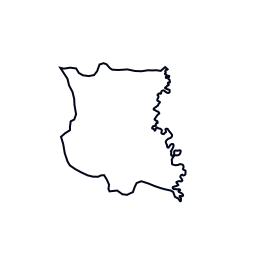 Musan, Hamgyŏng-bukto, North Korea, rotated 139°
{"feature_id": "82179303B23816821783286", "entity_name": "Musan", "entity_type": "district", "adm_level": 2, "iso_a3": "PRK", "parent_name": "North Korea", "parent_adm1": "Hamgyŏng-bukto", "projection": "mercator", "projection_center": [129.196, 42.155], "detail": "fine", "context": "isolated", "style": "outline", "palette": "ink", "viewbox_px": 256, "rotation_deg": 139, "n_neighbors": 0, "source": "geoboundaries", "source_scale": "gbopen_adm2", "svg_char_len": 5632}
<svg xmlns="http://www.w3.org/2000/svg" viewBox="0 0 256 256"><g transform="rotate(139 128 128)"><path d="M184.3,165.3L187.5,158.3L192.3,150.4L195.6,142.4L196.4,138.0L194.9,131.9L192.6,125.7L189.5,118.7L186.4,114.3L182.5,110.8L179.4,109.9L177.0,108.1L177.9,102.8L179.5,97.6L182.7,94.9L183.5,92.3L177.2,87.9L175.7,81.7L172.6,78.2L166.3,76.4L161.6,79.1L157.6,80.8L152.9,79.1L149.1,72.9L146.0,66.7L142.9,61.4L140.6,57.9L136.7,52.6L135.9,50.0L137.7,45.2L137.4,44.5L137.2,43.9L137.0,43.3L136.4,42.2L136.4,41.0L136.7,39.1L136.6,38.5L136.5,38.3L136.3,38.2L136.1,38.2L135.8,38.4L134.9,39.4L134.3,39.9L134.2,40.2L134.0,41.1L134.0,41.4L134.1,41.9L134.1,42.2L133.9,42.5L133.6,42.7L133.3,42.6L132.7,42.0L132.5,41.6L132.1,41.2L131.5,40.8L131.2,40.8L130.9,40.8L130.7,40.9L130.3,41.6L130.2,42.1L130.3,42.9L130.5,43.9L130.8,44.8L131.4,45.9L131.5,46.2L131.5,46.7L131.4,47.0L131.2,47.0L130.6,47.1L129.4,47.0L129.2,47.2L129.2,47.5L129.4,47.9L129.7,48.4L130.2,48.8L130.7,49.0L131.2,49.4L132.0,50.5L133.3,51.6L133.6,51.9L133.7,52.4L133.7,52.9L133.5,53.5L133.2,53.9L132.9,54.0L132.7,54.0L132.0,53.7L131.2,53.2L130.6,53.1L130.0,52.6L128.6,52.2L127.6,51.9L127.4,52.1L127.3,52.7L127.4,54.0L127.3,54.8L127.0,55.2L126.9,55.4L126.7,55.4L125.3,54.9L124.0,54.2L123.3,53.1L123.0,52.9L122.4,52.6L121.9,52.6L121.4,52.8L121.1,53.3L120.9,54.3L120.8,55.5L120.7,56.3L120.6,56.8L119.9,57.3L119.5,57.5L119.0,57.6L118.4,57.5L118.0,57.3L117.7,57.2L117.5,56.2L117.2,55.7L116.7,55.5L115.7,55.3L115.1,55.4L114.8,55.6L113.8,56.7L112.8,57.7L112.7,58.0L112.7,58.4L113.4,59.9L113.6,60.7L113.6,60.8L113.3,61.1L112.1,61.7L111.3,62.6L111.1,62.8L110.9,63.4L110.8,64.0L111.2,65.1L111.5,65.5L111.8,65.8L112.4,66.6L112.8,66.8L113.9,67.1L114.5,67.3L116.1,68.4L116.7,68.9L117.2,69.5L118.3,71.3L118.4,71.6L118.3,72.0L117.8,72.7L117.2,73.3L116.0,75.1L115.8,75.4L115.5,75.5L114.1,76.1L113.0,76.5L112.3,76.5L110.9,76.9L110.4,76.7L110.1,76.3L109.8,76.0L108.9,75.1L108.5,74.9L107.4,74.4L106.7,74.3L106.4,74.3L105.4,74.6L104.3,75.2L103.6,75.8L103.2,76.2L103.2,76.4L103.3,76.8L103.6,77.3L104.1,77.6L104.9,78.0L105.6,78.4L106.3,79.2L106.7,79.8L107.2,80.0L107.7,80.1L108.7,79.9L109.1,79.5L109.4,78.9L109.6,78.6L110.3,78.0L111.0,77.8L111.7,77.7L112.2,77.8L113.1,78.3L113.2,78.6L113.2,79.1L112.9,79.7L111.7,80.9L111.1,81.4L111.0,81.7L111.0,82.0L110.9,82.3L110.3,82.5L109.1,82.8L106.5,83.8L106.1,84.2L105.3,84.7L104.8,85.2L104.8,85.3L104.7,85.7L104.6,86.2L104.6,86.4L105.0,86.8L105.8,87.3L106.8,87.5L107.1,87.4L109.3,86.9L110.1,86.6L110.6,86.8L110.8,87.1L110.9,87.5L110.7,88.2L110.2,89.1L109.7,89.5L109.5,90.6L109.4,91.1L109.0,92.1L108.7,92.6L108.3,93.0L107.9,93.2L106.9,93.4L106.2,93.5L105.1,93.5L104.2,93.3L102.5,92.6L101.5,92.6L101.0,92.7L100.1,93.0L99.8,93.3L99.4,93.8L99.2,94.2L99.1,94.9L99.1,96.3L99.0,96.8L99.1,97.2L99.0,97.6L99.0,99.3L98.9,100.1L98.7,100.8L98.7,101.2L98.9,101.6L99.2,102.0L99.6,102.4L100.0,102.5L100.4,102.5L100.7,102.3L100.8,101.9L101.0,101.6L101.9,100.1L102.3,100.0L103.2,100.2L103.4,100.2L104.0,100.0L105.0,99.9L105.6,100.6L106.2,101.8L106.2,102.1L106.1,102.3L105.8,102.5L105.5,103.0L104.6,103.4L104.2,103.8L104.0,104.1L103.8,104.6L103.8,104.9L104.0,105.7L104.1,106.2L105.0,107.5L105.4,107.9L105.5,108.8L105.6,109.1L105.9,109.5L106.4,109.6L107.0,109.5L107.7,109.2L108.0,108.8L108.3,108.6L108.8,108.4L109.5,108.4L109.6,108.5L109.4,109.2L109.3,110.2L109.3,110.7L109.4,111.0L109.8,111.3L109.9,111.5L110.0,111.8L109.8,112.2L108.4,112.8L107.9,112.8L107.3,112.6L106.2,111.7L105.7,111.6L105.2,111.7L104.9,112.5L104.6,112.7L104.2,112.8L103.4,113.0L103.1,113.0L103.1,112.6L102.4,112.4L102.0,112.7L101.7,113.0L101.6,113.3L101.5,113.8L101.5,114.4L102.0,115.0L102.2,115.7L102.2,116.3L102.4,116.7L102.4,116.9L102.1,117.2L99.6,117.9L98.1,118.3L97.0,118.5L95.0,118.4L94.8,118.5L94.7,118.7L94.6,119.2L94.5,119.5L94.5,120.1L94.7,120.8L95.2,121.6L95.4,122.0L95.6,122.8L96.0,124.1L96.5,124.9L96.5,125.1L96.4,125.2L96.0,125.6L95.6,125.7L95.1,125.8L94.1,125.7L93.2,125.5L91.7,125.5L91.1,125.3L90.7,125.3L90.3,125.5L89.9,125.8L89.5,126.0L88.2,126.1L87.5,126.4L87.0,126.6L86.9,126.9L87.2,127.3L87.4,128.3L87.7,128.9L87.8,129.2L87.7,129.7L87.2,130.3L85.6,130.9L84.5,131.6L84.1,132.2L84.1,132.9L84.1,133.4L84.1,133.5L83.8,133.6L82.9,133.8L81.9,133.7L81.3,133.3L81.2,133.0L81.2,132.7L80.7,132.4L80.4,132.4L79.4,133.3L78.6,133.7L77.9,133.7L77.0,133.4L76.4,133.0L76.2,132.5L76.1,132.1L76.0,131.2L75.9,130.5L75.6,129.5L75.2,128.6L74.7,128.1L73.9,127.7L73.4,127.7L72.9,127.9L72.6,128.2L72.2,128.7L71.7,129.5L71.9,130.0L72.3,130.7L72.7,131.1L73.3,132.4L73.8,133.4L73.8,133.7L73.8,133.9L73.6,134.1L72.9,134.1L72.0,133.8L71.8,133.8L71.1,134.2L70.8,134.2L70.5,134.2L69.9,133.8L69.1,133.7L68.8,134.1L68.7,135.4L68.6,135.6L68.1,135.9L67.7,135.9L67.2,135.2L66.5,135.0L66.2,135.2L65.9,135.6L65.9,135.8L65.1,136.9L65.1,137.4L65.3,138.3L65.3,138.8L65.2,139.1L65.1,139.3L64.9,139.3L63.8,139.5L63.6,139.5L63.0,140.0L62.8,140.2L62.9,140.5L63.1,140.7L65.6,140.5L66.1,140.6L66.4,140.7L66.4,141.1L66.3,141.3L66.2,141.5L65.8,141.8L65.1,141.9L64.9,142.0L64.5,142.1L64.2,142.4L64.0,142.7L64.1,143.2L64.2,143.6L64.7,144.1L64.6,144.6L64.4,144.8L63.8,145.1L63.2,145.2L62.9,145.3L62.7,145.7L62.7,146.4L62.6,146.5L61.7,146.9L61.2,146.9L60.2,146.3L59.6,146.3L60.0,149.6L65.8,149.6L68.9,153.2L71.2,154.9L75.1,158.5L80.6,162.0L85.3,166.4L90.0,172.6L97.0,177.9L101.6,182.3L102.4,184.9L102.4,190.2L103.9,192.9L107.8,194.6L114.1,191.1L118.9,190.2L123.5,192.9L127.4,197.3L129.0,201.7L128.1,207.0L132.0,211.4L137.5,214.9L139.6,217.8L141.4,204.8L144.6,198.7L146.2,191.7L149.4,185.5L153.4,180.3L158.2,172.4L163.0,169.7L166.9,170.6L170.9,167.1L173.3,164.4L178.8,165.3L184.3,165.3Z" fill="none" stroke="#020617" stroke-width="2"/></g></svg>